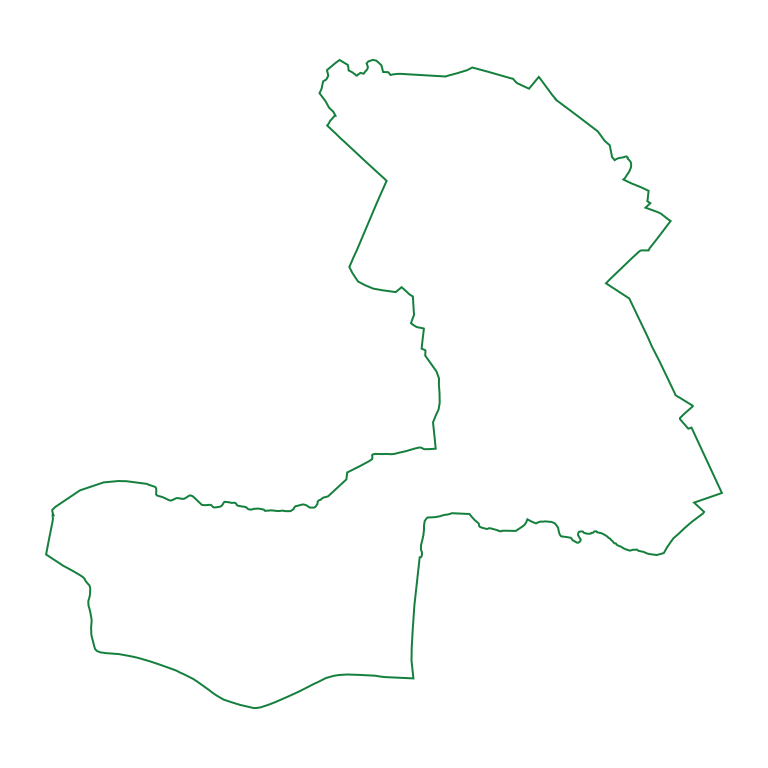 outline of Dorolt, Satu Mare, Romania
{"feature_id": "2599482B34553912089918", "entity_name": "Dorolt", "entity_type": "district", "adm_level": 2, "iso_a3": "ROU", "parent_name": "Romania", "parent_adm1": "Satu Mare", "projection": "equal_earth", "projection_center": [22.775, 47.851], "detail": "fine", "context": "isolated", "style": "outline", "palette": "green", "viewbox_px": 768, "rotation_deg": 0, "n_neighbors": 0, "source": "geoboundaries", "source_scale": "gbopen_adm2", "svg_char_len": 6042}
<svg xmlns="http://www.w3.org/2000/svg" viewBox="0 0 768 768"><path d="M413.4,678.4L411.5,660.6L411.7,648.0L412.7,630.0L414.4,605.2L419.7,557.3L420.8,557.2L421.3,556.9L421.6,556.1L421.8,555.3L422.0,554.1L421.9,552.0L421.0,549.7L420.9,548.2L421.1,544.9L422.8,538.1L423.0,536.6L423.5,535.0L423.5,533.2L423.8,532.0L424.0,529.6L424.0,525.8L424.5,522.4L424.6,521.3L426.5,518.4L427.6,517.5L434.5,517.2L438.9,516.5L444.4,514.9L447.8,514.5L450.7,513.7L451.8,513.2L469.4,514.0L472.0,517.1L474.7,520.1L476.9,522.0L478.1,522.9L478.8,523.8L479.3,526.4L479.6,526.7L482.2,527.8L486.9,529.0L487.6,528.9L488.8,528.2L490.9,528.4L498.0,530.4L498.1,530.7L501.0,531.4L502.0,530.9L502.2,530.7L515.9,530.9L523.7,525.6L525.0,524.3L526.4,521.9L527.4,519.3L530.4,521.0L535.1,523.1L536.0,523.3L536.3,523.3L536.8,523.1L537.3,522.6L540.9,521.5L542.4,521.7L543.8,521.6L544.4,521.4L547.5,521.5L548.4,521.8L550.8,521.8L552.5,522.3L554.9,523.4L556.5,525.4L558.1,527.8L558.9,532.0L559.5,533.9L560.1,535.1L561.0,536.2L561.8,536.5L562.8,536.5L564.9,536.9L565.7,536.9L570.9,537.8L572.7,540.3L574.8,541.4L577.0,542.7L578.3,542.7L579.9,541.6L580.5,540.7L580.7,539.5L579.3,537.4L578.0,534.9L578.4,532.5L579.1,531.7L581.8,531.4L582.9,531.6L583.7,532.7L585.3,533.3L587.6,533.7L589.5,533.8L590.9,533.5L591.0,533.1L592.2,532.8L593.0,532.8L594.3,531.5L594.8,531.3L596.2,531.3L596.8,531.6L597.1,532.3L600.5,533.0L602.4,533.6L604.9,535.0L606.7,536.1L608.8,538.0L610.0,538.6L610.4,538.9L610.9,539.7L612.4,541.0L614.3,543.3L615.5,543.4L616.0,543.6L616.7,544.7L617.7,545.4L621.4,546.9L623.8,548.5L625.7,549.3L629.7,550.6L630.5,550.5L633.1,549.7L635.4,549.8L636.4,549.6L637.2,549.7L638.3,550.7L639.1,551.0L642.3,551.6L643.6,551.9L646.9,553.4L649.7,554.1L656.7,555.0L663.8,553.1L665.6,549.9L667.1,547.3L670.1,542.9L673.2,538.5L678.7,533.7L684.8,527.9L692.0,521.7L703.1,513.4L704.1,511.9L694.1,502.6L721.9,493.0L691.5,427.6L688.3,428.7L680.1,419.3L680.0,418.5L680.0,418.0L684.6,413.5L692.8,406.3L692.7,405.7L678.4,396.9L678.1,396.9L675.5,395.1L674.5,392.7L659.4,361.1L651.8,346.3L648.2,338.0L629.3,298.5L606.0,283.3L610.5,278.7L632.1,258.0L639.5,251.2L641.1,250.4L648.6,250.4L649.6,248.3L657.7,238.0L670.6,221.0L667.4,218.8L660.9,213.6L656.9,211.8L645.5,207.7L650.3,203.2L647.3,201.1L647.5,200.8L648.6,190.8L641.1,187.3L631.0,183.2L623.4,179.5L624.0,179.0L625.5,177.3L626.4,175.9L626.9,175.0L629.1,171.8L630.1,169.5L630.5,168.6L631.1,166.8L631.1,163.3L630.6,162.0L629.6,160.6L628.3,159.2L627.7,158.8L627.6,158.2L627.8,157.7L627.0,156.9L626.1,156.4L622.2,157.6L619.7,157.9L618.2,158.3L617.4,158.6L615.6,159.5L614.7,160.2L612.1,157.1L610.8,150.6L609.8,145.6L609.6,145.1L604.8,141.0L597.8,131.4L575.4,114.3L556.6,100.3L555.6,99.3L555.8,99.2L552.4,95.2L539.5,77.7L538.8,76.9L529.0,88.7L517.6,83.4L516.3,82.5L512.9,78.7L510.9,78.3L487.5,71.6L472.3,67.5L467.1,70.2L456.9,73.3L449.0,75.4L445.6,76.5L399.7,73.8L399.1,74.0L398.6,73.8L392.8,74.4L390.6,75.0L388.2,72.2L383.1,72.0L381.4,65.2L376.3,60.6L372.8,59.9L368.4,61.4L366.6,63.4L367.9,66.9L367.3,69.3L365.0,71.8L363.7,73.7L360.4,72.9L357.8,74.7L357.4,75.3L357.0,75.6L356.1,75.5L355.2,74.5L352.1,72.2L348.6,70.4L348.3,66.8L347.9,66.0L347.8,64.9L339.6,60.0L335.7,62.8L327.0,70.1L328.3,75.8L326.3,79.5L323.1,81.4L321.6,88.7L319.5,93.2L325.6,101.3L329.0,107.6L333.3,111.7L335.5,115.8L334.5,116.0L329.9,121.1L329.3,122.6L327.2,125.6L335.9,133.7L340.0,137.8L344.1,141.5L366.5,162.4L384.6,178.9L386.6,180.9L381.1,193.2L376.2,204.4L356.4,251.2L353.5,257.3L351.8,261.4L349.3,267.0L352.4,273.0L358.0,281.5L365.1,285.2L373.2,288.6L382.0,290.2L395.7,292.1L401.6,287.2L406.5,291.6L409.6,294.5L412.9,296.5L413.7,310.5L414.1,314.7L411.7,321.0L411.0,323.2L413.5,325.1L415.5,326.4L417.2,327.2L421.1,327.9L423.8,328.5L423.9,328.9L422.7,338.6L421.6,348.6L425.2,350.2L425.4,350.5L425.5,351.0L425.2,355.6L436.5,371.5L439.0,378.5L438.9,385.1L439.5,392.7L439.7,402.7L438.6,409.4L436.0,414.9L433.0,422.4L434.5,436.4L435.7,448.7L429.8,449.1L424.2,449.2L421.0,447.6L419.3,447.5L414.6,448.6L405.8,451.2L398.7,452.8L394.4,453.9L391.2,454.2L386.0,453.9L382.7,454.1L375.4,453.9L372.9,454.4L372.1,455.2L372.4,457.7L372.1,459.2L371.2,459.7L369.4,461.0L360.5,465.8L347.2,472.5L346.4,479.4L328.1,496.3L325.5,497.1L323.8,497.4L322.4,498.2L320.7,499.7L319.3,500.2L318.2,500.9L317.6,501.9L317.5,503.8L315.5,506.8L313.9,507.6L309.8,507.6L307.3,505.9L305.7,505.0L303.0,504.4L295.4,506.3L294.3,507.5L293.5,509.2L290.4,511.2L288.5,511.1L285.7,511.2L282.5,510.6L278.4,511.1L271.9,510.4L269.9,510.4L268.9,510.6L266.4,510.7L265.1,510.9L263.8,509.6L261.8,509.2L258.6,508.6L254.0,508.8L251.9,509.5L249.6,509.5L248.8,509.3L247.9,508.9L246.3,507.4L245.0,506.9L238.5,505.9L236.8,505.0L236.1,503.6L235.2,503.0L234.6,502.7L231.6,502.9L228.5,502.2L224.6,501.8L223.7,502.6L222.7,504.5L221.8,505.6L220.4,506.6L215.9,507.4L213.8,507.4L213.0,507.0L211.2,505.1L210.1,504.8L205.2,505.2L201.9,504.9L193.8,497.2L192.4,496.1L190.4,495.4L189.3,495.6L185.2,498.2L183.8,498.9L182.5,498.8L180.6,498.6L178.2,498.1L176.2,498.2L171.9,500.3L170.5,500.6L169.1,500.2L164.8,498.1L162.2,497.0L157.2,495.6L156.1,494.4L156.3,490.4L156.3,489.1L155.7,487.5L154.9,486.8L148.2,484.6L147.1,483.9L126.4,481.2L120.8,481.1L118.8,481.0L103.6,482.4L79.9,490.4L55.2,507.0L52.2,510.0L52.4,511.9L53.5,515.2L52.6,515.1L52.9,518.9L52.4,522.4L48.8,540.2L46.1,554.5L63.3,565.8L72.4,570.7L78.8,574.4L82.5,576.8L84.1,578.2L85.6,580.9L87.7,583.6L89.4,585.3L90.2,588.0L90.2,589.1L90.0,594.8L89.2,598.2L88.3,601.1L88.5,605.5L89.3,608.2L90.3,612.1L91.7,620.4L91.1,627.2L91.3,634.3L91.9,637.4L93.0,641.3L94.4,646.9L95.2,649.2L97.1,651.1L100.6,652.4L106.8,653.2L119.0,654.1L130.0,656.1L137.4,657.7L150.1,661.4L158.9,664.3L176.1,670.5L180.7,672.9L183.4,674.0L193.3,679.0L197.8,682.0L208.7,689.8L212.5,692.7L216.4,695.4L223.6,699.6L231.4,702.2L240.0,704.9L244.0,705.8L253.0,707.9L254.5,708.1L258.1,707.8L261.1,707.2L268.4,704.8L275.6,702.0L288.6,696.3L298.9,691.6L313.9,683.9L318.1,682.0L326.0,678.0L333.5,675.9L338.9,675.0L347.0,674.5L359.3,674.9L375.2,675.7L380.5,676.6L385.2,677.1L413.4,678.4Z" fill="none" stroke="#15803d" stroke-width="2"/></svg>